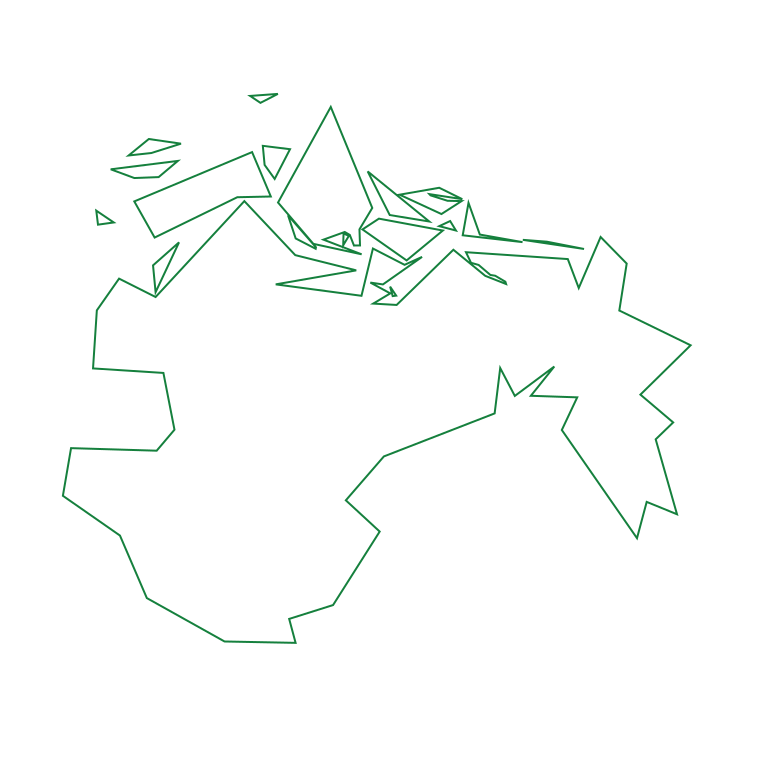 outline of Barisal, Barisal, Bangladesh, rotated 277°
{"feature_id": "16705992B66943755852345", "entity_name": "Barisal", "entity_type": "district", "adm_level": 2, "iso_a3": "BGD", "parent_name": "Bangladesh", "parent_adm1": "Barisal", "projection": "robinson", "projection_center": [90.343, 22.763], "detail": "medium", "context": "isolated", "style": "outline", "palette": "green", "viewbox_px": 768, "rotation_deg": 277, "n_neighbors": 0, "source": "geoboundaries", "source_scale": "gbopen_adm2", "svg_char_len": 1962}
<svg xmlns="http://www.w3.org/2000/svg" viewBox="0 0 768 768"><g transform="rotate(277 384 384)"><path d="M290.4,690.7L362.2,660.4L381.1,675.7L404.7,639.8L459.8,683.6L485.6,608.6L533.1,610.2L556.3,581.1L503.0,565.6L530.4,551.2L524.8,449.3L514.9,455.6L513.7,463.4L505.2,476.3L505.0,481.2L500.3,492.0L498.1,493.0L503.7,471.3L525.7,436.5L464.0,386.9L462.5,363.5L474.7,379.2L483.0,358.1L482.7,370.8L514.8,406.3L504.8,389.9L517.1,356.5L468.8,350.9L469.7,264.4L493.4,342.6L501.1,280.2L548.5,223.1L442.5,146.7L456.3,108.2L422.1,90.0L364.0,93.3L368.1,163.7L313.1,181.6L290.1,166.5L282.2,81.2L233.9,78.9L201.4,140.4L142.6,174.7L109.0,257.1L116.3,327.8L139.3,318.5L158.4,360.4L237.0,397.7L263.9,360.3L312.1,392.7L368.3,497.4L414.0,497.4L388.1,515.3L422.1,550.9L390.2,531.2L394.3,577.4L360.0,566.1L261.8,653.9L299.0,659.1L290.4,690.7ZM652.5,297.4L551.2,256.7L514.5,296.8L510.0,346.0L519.9,306.3L530.1,326.5L527.8,331.9L517.8,337.3L518.6,343.3L534.5,340.8L557.3,350.9L652.5,297.4ZM501.4,138.5L551.5,215.6L556.3,248.8L598.1,224.8L534.8,113.9L501.4,138.5ZM543.5,423.7L547.5,358.8L534.8,343.8L509.4,391.4L543.5,423.7ZM577.0,439.2L585.5,414.9L573.8,376.4L559.7,420.3L575.0,438.7L573.6,424.7L576.9,407.2L578.0,405.9L577.0,439.2ZM550.8,409.1L593.0,341.9L552.4,369.1L550.8,409.1ZM580.3,152.2L563.8,86.6L558.0,111.1L561.9,135.1L580.3,152.2ZM574.1,445.8L541.2,444.0L541.7,504.2L544.0,460.9L574.1,445.8ZM499.6,163.3L473.6,140.3L447.3,146.1L499.6,163.3ZM605.6,234.7L586.9,238.8L574.2,250.5L605.6,262.1L605.6,234.7ZM542.4,566.1L545.1,528.3L544.0,504.2L542.4,566.1ZM579.7,102.7L584.9,124.9L597.8,153.2L598.5,120.7L579.7,102.7ZM539.7,268.2L517.7,278.6L509.9,299.7L511.4,299.8L539.7,268.2ZM511.4,96.1L521.0,77.3L507.3,80.7L511.4,96.1ZM659.0,243.3L653.6,216.0L648.0,227.1L659.0,243.3ZM516.7,326.6L526.8,331.1L528.4,325.5L516.7,326.6ZM545.1,436.7L553.8,429.8L547.4,419.6L545.1,436.7ZM473.2,385.3L481.4,378.2L472.3,381.9L473.2,385.3Z" fill="none" stroke="#15803d" stroke-width="2"/></g></svg>